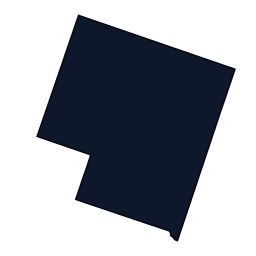 Peterborough, South Australia, Australia, rotated 289°
{"feature_id": "25037944B63042885451223", "entity_name": "Peterborough", "entity_type": "district", "adm_level": 2, "iso_a3": "AUS", "parent_name": "Australia", "parent_adm1": "South Australia", "projection": "robinson", "projection_center": [138.942, -32.848], "detail": "fine", "context": "isolated", "style": "filled", "palette": "ink", "viewbox_px": 256, "rotation_deg": 289, "n_neighbors": 0, "source": "geoboundaries", "source_scale": "gbopen_adm2", "svg_char_len": 2047}
<svg xmlns="http://www.w3.org/2000/svg" viewBox="0 0 256 256"><g transform="rotate(289 128 128)"><path d="M218.4,210.0L218.4,182.9L218.4,167.9L218.4,141.7L218.4,141.1L218.4,129.9L218.4,128.5L218.4,114.5L218.4,110.6L218.4,93.8L218.4,84.1L218.4,63.9L218.4,60.2L218.4,51.5L218.4,51.2L218.4,48.3L218.4,44.6L214.7,44.6L210.9,44.6L205.2,44.6L203.1,44.7L200.6,44.7L196.5,44.7L193.4,44.7L188.9,44.7L184.6,44.7L181.3,44.7L173.5,44.7L169.7,44.8L166.3,44.8L159.8,44.8L157.4,44.8L153.4,44.8L148.7,44.8L143.9,44.8L139.0,44.8L133.7,44.8L129.3,44.8L127.9,44.8L126.0,44.8L118.3,44.8L114.2,44.8L110.8,44.8L103.1,44.8L99.3,44.8L94.4,44.8L90.5,44.8L90.5,50.8L90.5,64.0L90.5,93.9L90.5,101.6L84.5,101.6L79.6,101.7L79.3,101.7L70.4,101.7L66.3,101.7L61.6,101.7L56.6,101.8L52.9,101.8L49.1,101.8L43.5,101.8L43.5,103.1L43.5,106.3L43.5,111.3L43.6,125.1L43.7,133.0L43.7,136.7L43.7,137.9L43.7,142.6L43.7,144.5L43.7,146.6L43.8,158.7L43.9,159.0L43.8,164.4L43.9,168.4L43.9,171.1L43.9,178.0L43.9,180.6L43.9,181.6L44.0,183.5L44.0,187.2L44.1,201.2L43.3,201.5L42.1,202.8L40.6,203.1L40.1,203.6L40.0,203.8L39.7,205.3L39.3,206.0L39.0,206.8L38.2,207.8L37.6,209.0L37.6,211.4L41.3,211.4L46.8,211.3L52.5,211.3L53.5,211.3L57.6,211.2L59.4,211.2L59.5,211.2L59.8,211.2L60.0,211.2L60.3,211.2L60.5,211.2L61.1,211.2L61.4,211.2L61.6,211.2L61.8,211.2L62.1,211.2L62.3,211.2L62.5,211.2L62.9,211.2L63.1,211.2L63.4,211.2L63.5,211.2L63.9,211.2L64.0,211.2L64.3,211.2L64.6,211.2L64.8,211.2L70.0,211.1L75.1,211.1L80.9,211.1L81.5,211.0L84.6,211.0L88.0,211.0L90.3,211.0L90.7,211.0L93.9,210.9L94.1,210.9L99.7,210.9L105.0,210.8L105.4,210.8L105.7,210.8L106.1,210.8L106.4,210.8L106.5,210.8L106.9,210.8L107.1,210.8L107.3,210.8L114.3,210.7L114.4,210.8L118.7,210.7L122.7,210.7L126.7,210.6L128.1,210.6L131.3,210.6L135.9,210.6L139.5,210.5L144.9,210.5L149.8,210.4L153.0,210.4L157.2,210.4L160.1,210.3L166.2,210.3L170.8,210.2L174.9,210.2L178.0,210.2L183.1,210.2L187.2,210.2L192.2,210.2L195.2,210.1L200.6,210.1L205.1,210.1L208.8,210.1L211.8,210.1L218.4,210.0Z" fill="#0f172a" stroke="#020617" stroke-width="1.5"/></g></svg>